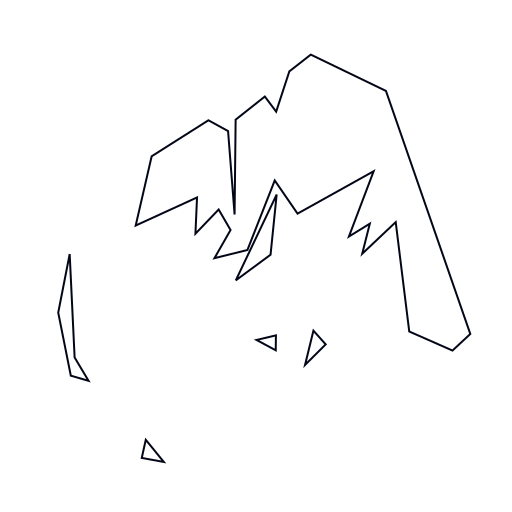 SVG path tracing the border of Greece, rotated 83°
{"feature_id": "GRC", "entity_name": "Greece", "entity_type": "country or territory", "adm_level": 0, "iso_a3": "GRC", "parent_name": "Europe", "parent_adm1": "", "projection": "mercator", "projection_center": [23.941, 38.339], "detail": "coarse", "context": "isolated", "style": "outline", "palette": "ink", "viewbox_px": 512, "rotation_deg": 83, "n_neighbors": 0, "source": "natural_earth", "source_scale": "50m", "svg_char_len": 764}
<svg xmlns="http://www.w3.org/2000/svg" viewBox="0 0 512 512"><g transform="rotate(83 256 256)"><path d="M359.5,52.8L373.8,72.5L349.6,113.1L239.4,113.2L266.7,150.3L237.8,139.1L248.0,161.4L186.2,128.9L219.0,209.6L183.3,228.2L249.0,263.8L253.1,297.5L227.1,278.1L205.3,287.4L226.5,313.4L190.7,307.4L211.1,371.7L144.3,347.4L115.5,286.7L128.6,268.5L212.2,272.2L118.2,259.6L98.8,227.8L115.2,218.4L76.8,200.4L62.8,177.1L108.0,106.9L359.5,52.8ZM231.4,440.7L334.6,448.4L359.5,437.4L352.2,454.4L288.1,459.2L231.4,440.7ZM197.5,228.0L256.5,241.4L277.7,279.0L197.5,228.0ZM352.2,197.6L370.1,220.6L337.1,208.1L352.2,197.6ZM442.5,394.0L425.0,387.8L449.2,372.6L442.5,394.0ZM352.0,247.9L339.4,265.7L337.2,245.9L352.0,247.9Z" fill="none" stroke="#020617" stroke-width="2"/></g></svg>